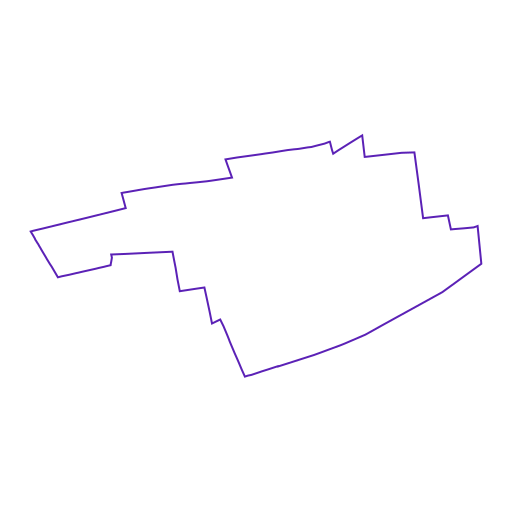 Calmatuiu De Sus, Teleorman, Romania
{"feature_id": "2599482B3136924676864", "entity_name": "Calmatuiu De Sus", "entity_type": "district", "adm_level": 2, "iso_a3": "ROU", "parent_name": "Romania", "parent_adm1": "Teleorman", "projection": "natural_earth1", "projection_center": [24.795, 44.054], "detail": "fine", "context": "isolated", "style": "outline", "palette": "violet", "viewbox_px": 512, "rotation_deg": 0, "n_neighbors": 0, "source": "geoboundaries", "source_scale": "gbopen_adm2", "svg_char_len": 2239}
<svg xmlns="http://www.w3.org/2000/svg" viewBox="0 0 512 512"><path d="M138.1,190.1L137.1,190.3L134.2,190.8L127.3,192.0L123.6,192.6L121.6,193.0L122.6,196.6L125.7,208.1L119.4,209.7L86.4,217.9L66.9,222.6L64.5,223.2L43.3,228.4L37.3,229.8L33.1,230.8L30.7,231.5L30.8,231.7L31.1,232.0L31.2,232.3L31.5,232.8L31.9,233.5L32.8,234.9L33.3,235.8L34.2,237.4L34.8,238.4L35.2,239.4L35.5,240.0L35.8,240.4L36.2,241.0L36.4,241.4L37.0,242.3L37.6,243.3L38.2,244.1L38.5,244.7L38.9,245.4L39.2,246.0L39.7,246.8L40.3,247.8L40.7,248.5L41.3,249.6L41.9,250.6L42.9,252.3L44.1,254.3L45.9,257.3L46.9,259.1L48.2,261.2L48.8,262.2L49.9,264.0L51.7,266.7L57.9,277.3L61.7,276.3L69.5,274.7L77.1,272.9L77.4,272.9L82.4,271.7L95.4,268.8L99.0,267.9L104.0,266.8L106.3,266.2L110.6,265.2L110.9,263.2L111.2,261.8L111.9,257.7L111.8,257.2L111.2,254.5L126.1,253.9L148.4,252.8L172.5,251.7L172.6,252.3L174.1,260.2L175.6,267.8L177.5,279.5L179.8,291.2L196.2,288.7L204.4,287.5L206.5,297.1L209.6,311.6L212.0,323.5L220.2,319.5L223.5,326.2L227.4,335.5L229.0,339.5L229.6,341.2L231.4,345.5L232.8,348.8L234.7,353.3L235.1,354.2L236.3,356.9L237.9,360.5L239.4,364.0L240.4,366.4L241.7,369.5L244.9,376.6L248.0,375.6L251.4,374.9L260.0,372.0L261.7,371.4L268.4,369.3L277.9,366.2L278.0,366.5L287.1,363.6L302.4,358.7L314.0,355.0L320.6,352.6L329.5,349.3L340.9,345.1L345.1,343.4L362.5,335.9L365.3,334.7L381.8,325.5L398.3,316.4L442.4,292.1L442.8,291.8L477.3,266.7L480.9,264.1L481.3,263.8L481.3,263.4L480.0,250.3L477.6,226.0L473.7,227.4L464.1,228.3L454.1,229.1L452.2,229.3L450.9,229.4L447.9,215.4L430.7,217.3L423.1,218.2L418.7,184.4L414.4,152.4L401.6,152.8L389.3,154.2L366.0,156.8L364.7,156.9L362.2,135.4L360.7,136.3L356.3,139.0L349.7,143.1L343.7,146.9L338.6,150.1L333.2,153.7L332.0,150.0L329.9,141.7L329.1,141.9L324.6,143.6L315.9,145.8L311.4,147.0L307.7,147.4L299.2,148.8L296.7,149.1L294.2,149.3L287.4,150.1L284.3,150.6L282.4,150.9L272.7,152.5L264.7,153.6L261.6,154.1L251.6,155.5L237.0,157.5L225.5,159.4L227.4,164.8L230.0,172.0L232.0,177.6L220.6,179.3L211.1,180.7L206.7,181.3L201.9,181.8L197.2,182.3L189.9,183.0L185.5,183.5L181.6,183.8L176.9,184.3L172.6,184.8L161.4,186.5L159.4,186.8L158.7,186.9L155.6,187.4L149.2,188.3L144.6,189.0L141.1,189.6L138.1,190.1Z" fill="none" stroke="#5b21b6" stroke-width="2"/></svg>